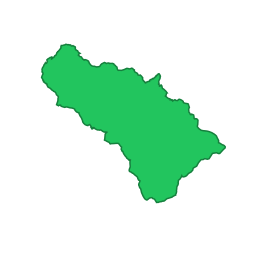 Dragomiresti, Maramures, Romania (Equal Earth projection), rotated 286°
{"feature_id": "2599482B97078455585458", "entity_name": "Dragomiresti", "entity_type": "district", "adm_level": 2, "iso_a3": "ROU", "parent_name": "Romania", "parent_adm1": "Maramures", "projection": "equal_earth", "projection_center": [24.279, 47.603], "detail": "fine", "context": "isolated", "style": "filled", "palette": "green", "viewbox_px": 256, "rotation_deg": 286, "n_neighbors": 0, "source": "geoboundaries", "source_scale": "gbopen_adm2", "svg_char_len": 5827}
<svg xmlns="http://www.w3.org/2000/svg" viewBox="0 0 256 256"><g transform="rotate(286 128 128)"><path d="M148.9,194.1L150.4,194.1L154.8,193.1L155.5,192.2L155.7,191.5L155.7,190.6L155.1,189.7L155.1,189.3L155.3,189.0L157.3,188.2L158.6,187.5L158.9,185.3L158.6,185.0L158.1,184.9L158.1,184.5L158.3,184.1L159.2,183.4L160.0,182.2L162.9,181.1L164.8,181.3L165.4,180.8L167.7,179.3L167.8,178.6L167.5,176.2L167.6,174.6L168.0,174.0L168.8,173.7L169.6,171.7L169.8,169.8L169.7,169.2L169.2,168.7L168.0,168.0L167.7,166.5L167.7,166.1L168.1,165.6L168.1,165.3L167.2,164.3L166.4,163.6L166.9,163.4L167.0,163.0L167.2,162.8L166.6,162.2L166.7,161.9L167.1,161.7L166.9,161.1L167.2,161.2L167.4,160.9L167.6,159.6L167.4,159.1L168.0,157.3L168.7,156.0L168.8,155.2L169.2,155.1L169.9,155.6L171.9,155.4L172.3,155.6L172.5,156.0L173.8,154.3L175.3,151.4L175.4,150.6L175.9,149.9L177.7,149.0L177.9,148.8L177.8,148.3L178.4,148.1L178.2,147.6L177.1,147.2L176.9,146.8L178.0,146.5L178.4,145.4L178.8,145.2L179.4,145.3L179.6,145.5L180.1,145.1L181.1,144.7L182.3,144.7L184.3,145.1L185.5,145.0L186.0,144.7L186.7,144.9L187.8,144.0L188.7,142.9L188.3,142.1L187.0,141.7L186.8,141.2L186.1,140.6L185.3,140.8L185.0,140.2L184.0,139.9L183.1,139.1L182.4,139.0L182.3,138.8L182.5,138.6L182.5,138.2L181.9,137.6L181.1,137.4L180.8,136.4L180.1,135.8L178.8,135.8L178.4,134.7L177.5,133.7L177.1,132.8L176.2,132.6L176.2,132.0L177.4,130.5L177.5,130.0L178.6,128.8L179.1,128.4L180.2,128.4L181.4,126.9L182.3,125.2L181.8,124.4L181.7,123.1L183.1,122.0L183.8,119.1L184.6,118.4L185.6,118.1L185.5,117.4L186.5,116.1L186.5,115.7L186.5,115.0L185.7,114.0L185.1,112.9L185.2,111.6L185.0,110.4L183.2,108.3L181.6,105.9L181.1,103.7L180.8,103.0L180.9,102.3L181.8,101.4L183.5,100.6L183.8,99.7L184.7,98.4L185.0,97.3L185.7,96.7L185.7,96.1L185.9,95.5L185.2,93.1L184.9,92.6L185.0,91.8L185.2,91.7L185.1,91.3L184.5,89.9L184.0,89.3L184.4,88.2L184.5,87.3L182.4,85.0L181.1,84.3L179.6,83.9L179.2,83.6L178.0,81.0L178.1,80.1L178.0,79.3L178.1,78.4L177.7,77.6L177.7,76.5L178.3,74.7L179.1,73.8L179.3,73.2L180.6,72.3L180.9,71.8L181.4,71.6L181.9,69.6L181.9,67.8L181.5,67.5L181.5,67.2L181.2,67.1L181.2,66.9L181.7,66.2L181.7,65.5L183.4,63.7L183.5,63.3L183.4,62.0L183.9,61.2L184.3,60.2L185.4,60.3L186.5,61.3L186.6,60.6L187.0,60.0L187.1,59.4L188.4,58.2L188.4,57.5L188.7,56.4L189.1,56.2L189.5,55.5L190.9,55.2L191.3,55.0L191.5,54.7L191.4,54.4L191.7,53.9L191.6,53.3L192.0,52.4L191.4,51.7L191.3,50.8L192.0,50.0L191.9,49.1L191.5,48.6L191.7,48.3L191.7,47.6L191.3,46.9L191.4,46.6L191.4,45.8L191.3,45.1L190.3,44.2L190.2,43.7L189.2,42.2L188.9,41.1L187.4,41.1L186.5,41.5L183.5,40.3L182.4,39.8L182.1,39.4L181.8,39.5L180.9,38.9L178.4,38.8L177.9,38.2L177.1,37.6L176.1,37.6L175.4,36.8L173.9,36.1L173.4,35.6L175.2,35.4L175.2,34.9L174.3,34.0L174.2,33.6L173.7,33.3L172.3,31.9L171.8,31.7L171.4,31.3L170.9,31.3L170.0,32.1L168.1,31.9L167.7,31.7L167.4,31.0L167.8,30.6L167.0,30.5L165.7,29.9L164.1,29.8L162.1,29.2L160.6,29.2L159.5,29.7L158.2,29.9L158.2,30.2L158.0,30.6L156.6,31.4L155.0,31.1L152.8,31.0L150.3,33.6L150.1,33.4L149.5,34.4L149.1,34.2L148.2,36.4L148.3,36.9L148.0,37.1L148.0,37.4L147.8,37.4L147.7,38.2L146.9,38.3L145.3,39.8L144.7,42.4L144.2,43.1L144.2,43.5L143.6,44.1L143.2,45.7L142.8,46.3L142.6,47.8L141.7,49.1L140.3,50.0L139.1,52.3L137.7,52.6L136.6,52.6L136.0,52.9L134.6,53.1L130.7,52.9L130.2,55.1L131.0,55.7L131.4,56.9L130.8,57.3L130.6,57.6L130.4,58.7L130.4,60.7L130.4,61.5L131.2,62.7L131.4,63.7L131.4,66.4L131.8,68.9L131.6,71.1L131.4,71.6L130.4,72.2L129.3,74.0L129.1,75.0L129.1,75.5L129.0,76.0L129.1,76.6L128.4,76.9L126.4,78.6L125.0,80.3L122.9,82.0L121.3,82.9L120.3,84.1L119.4,85.9L119.2,87.7L119.3,88.8L119.8,89.0L120.8,90.3L120.3,90.7L119.7,91.7L119.2,92.0L118.7,92.0L118.9,92.6L118.5,93.1L118.0,93.3L117.6,93.1L117.3,93.5L118.0,93.7L118.0,94.2L117.7,94.1L117.6,94.3L118.1,94.7L118.2,93.8L118.3,93.8L119.0,95.0L119.0,95.3L118.2,96.5L117.7,99.1L118.1,100.5L118.0,100.9L118.6,102.2L118.1,104.1L117.9,104.3L117.5,106.3L117.9,107.2L118.1,108.1L118.1,108.8L116.5,107.9L115.6,107.8L111.5,108.6L109.9,108.7L109.7,109.5L109.8,110.0L109.3,111.6L109.0,113.9L108.7,114.3L108.2,114.7L107.8,115.3L108.2,115.8L109.2,118.8L109.8,120.3L110.4,122.2L110.5,123.2L108.3,126.2L107.9,127.1L105.7,127.3L104.7,128.3L104.4,128.3L104.3,128.8L104.0,129.0L104.1,129.3L103.8,129.6L102.1,130.9L100.1,133.3L99.6,134.3L98.7,135.1L98.5,135.9L97.4,137.8L97.5,138.0L98.0,138.3L97.9,139.1L97.3,139.1L97.3,138.8L97.7,138.5L97.6,138.3L97.2,138.5L96.8,139.1L95.0,139.5L91.8,140.7L90.6,140.9L89.9,140.7L88.0,140.7L87.1,141.0L86.6,141.7L86.4,143.5L85.8,144.6L85.8,145.5L84.7,147.6L83.7,150.2L82.7,151.1L82.1,151.4L81.1,152.3L80.8,152.6L80.8,153.6L80.6,154.0L80.0,154.1L77.0,153.8L75.9,154.2L74.7,155.2L73.9,155.6L73.6,156.0L73.5,156.4L73.0,157.0L69.7,158.8L66.7,161.3L64.6,163.6L64.0,165.3L64.0,166.0L64.2,166.3L66.6,168.0L67.1,168.9L67.7,170.3L67.0,171.3L67.0,172.6L66.8,173.3L65.5,174.6L64.7,175.7L64.3,175.9L64.9,177.7L65.8,178.8L66.4,180.4L67.2,181.3L67.3,181.9L68.0,183.1L70.4,184.6L70.9,185.1L73.6,189.3L74.7,190.1L76.5,192.0L76.6,192.3L77.6,192.1L78.3,192.3L79.7,192.3L80.8,192.1L81.4,191.7L82.4,191.7L84.8,191.2L85.8,191.3L87.1,191.7L88.7,191.6L89.1,191.5L89.5,191.1L90.2,191.2L91.3,190.9L91.7,190.9L93.0,191.9L93.8,192.2L95.9,192.8L96.9,192.9L96.4,193.3L96.2,193.9L96.3,194.8L97.0,196.1L98.2,197.4L101.0,198.7L103.1,200.8L105.5,201.9L106.8,201.7L107.6,201.9L110.2,204.5L114.0,205.3L117.6,206.9L117.9,207.4L118.2,208.5L118.6,209.2L119.7,210.2L119.9,213.0L120.8,214.4L126.9,216.2L128.6,219.9L128.4,222.1L128.8,223.2L133.8,225.7L135.5,226.8L136.6,226.7L136.9,226.5L137.6,225.3L137.9,224.5L137.8,223.6L138.8,220.2L138.8,219.1L140.9,218.6L143.3,216.3L144.6,215.3L145.4,213.9L145.7,212.8L146.2,211.9L146.2,210.8L146.6,210.1L146.9,206.7L146.8,204.7L146.1,200.7L146.0,198.9L146.8,196.6L147.4,195.5L148.3,194.4L148.9,194.1Z" fill="#22c55e" stroke="#15803d" stroke-width="1.5"/></g></svg>